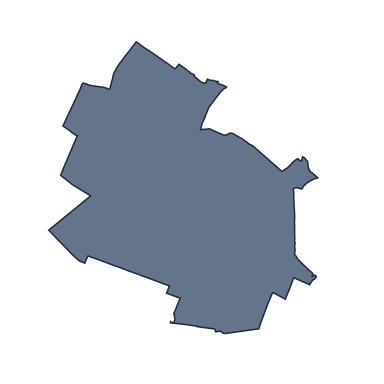 the district of Plenita, Dolj, Romania, rotated 14°
{"feature_id": "2599482B69376152163342", "entity_name": "Plenita", "entity_type": "district", "adm_level": 2, "iso_a3": "ROU", "parent_name": "Romania", "parent_adm1": "Dolj", "projection": "natural_earth1", "projection_center": [23.162, 44.229], "detail": "fine", "context": "isolated", "style": "filled", "palette": "slate", "viewbox_px": 384, "rotation_deg": 14, "n_neighbors": 0, "source": "geoboundaries", "source_scale": "gbopen_adm2", "svg_char_len": 5875}
<svg xmlns="http://www.w3.org/2000/svg" viewBox="0 0 384 384"><g transform="rotate(14 192 192)"><path d="M333.2,244.2L332.0,243.1L331.5,242.9L331.3,243.0L330.7,243.6L329.3,244.7L328.9,244.9L328.7,244.7L328.8,244.4L329.7,243.1L328.6,241.6L327.5,241.1L326.6,240.5L325.5,240.1L322.9,238.6L321.0,237.5L314.0,233.5L311.0,231.5L310.5,231.2L309.9,230.5L309.2,229.8L308.4,229.0L307.7,228.5L306.5,227.8L306.3,227.6L306.2,227.4L306.5,226.6L306.5,226.1L306.1,224.0L305.9,222.9L305.6,221.9L305.2,221.1L304.8,220.3L304.7,219.9L304.6,218.3L304.6,217.8L304.4,216.8L304.0,215.7L303.6,214.9L303.3,214.5L303.1,212.8L302.7,211.4L302.3,209.8L302.0,209.2L302.0,208.6L301.6,207.4L300.2,201.6L299.7,199.8L299.2,198.1L298.7,196.2L298.3,194.7L298.1,193.5L298.1,192.9L297.8,191.8L296.8,188.2L296.3,186.7L295.6,184.4L295.4,183.8L295.2,182.9L294.2,179.9L293.8,178.4L292.8,175.2L292.2,173.0L292.0,172.4L291.8,171.4L291.0,168.5L290.8,167.7L290.0,165.8L289.5,164.3L291.1,163.1L292.2,162.5L292.7,162.4L294.8,162.5L296.6,162.6L297.4,162.5L297.7,162.4L298.0,162.1L298.2,161.9L298.4,161.5L298.4,161.3L298.4,160.2L298.5,159.9L301.0,156.0L302.2,154.4L304.5,152.2L306.5,150.5L307.1,149.9L309.2,148.8L310.6,147.9L309.4,147.1L304.2,144.6L303.0,144.1L302.0,143.6L300.4,142.0L299.0,140.4L298.9,139.8L297.8,137.4L297.6,136.5L296.9,134.5L295.9,133.8L294.6,133.1L294.1,132.7L293.8,132.3L292.9,131.7L290.8,131.1L290.8,133.3L290.8,134.9L290.7,134.9L289.9,135.6L289.5,135.6L289.1,135.4L288.4,135.0L286.6,134.1L286.3,134.1L285.9,134.6L283.6,137.3L282.2,139.3L281.3,141.3L279.7,143.9L278.5,145.8L278.3,146.0L278.0,146.2L276.1,148.2L275.4,149.0L274.2,150.3L273.7,150.1L269.1,147.6L265.2,145.6L259.2,142.5L256.7,141.2L252.5,139.0L250.0,137.8L240.9,133.0L239.7,132.5L238.9,132.2L237.6,132.0L236.6,131.9L236.0,131.6L235.6,131.4L235.2,131.5L234.4,131.0L234.0,130.6L233.4,130.4L233.0,130.2L232.8,130.1L232.4,130.1L230.4,129.3L228.2,128.4L227.1,128.0L223.8,127.2L222.5,126.8L222.0,126.7L218.9,125.7L217.8,125.4L216.9,125.4L216.2,125.4L215.6,125.4L214.7,125.7L214.2,126.0L212.6,127.5L212.4,127.6L211.9,128.3L211.5,128.5L210.4,128.6L209.2,129.0L208.8,129.0L205.2,128.5L202.7,128.2L202.3,128.0L201.9,127.9L199.1,127.4L196.0,126.9L193.8,126.3L192.2,127.0L191.0,127.4L189.7,127.9L186.6,128.8L185.2,129.5L185.2,126.6L185.3,125.3L185.2,122.8L185.2,122.7L185.3,122.5L186.2,118.2L186.5,116.0L186.5,115.4L186.8,112.6L187.3,110.4L187.4,109.6L187.6,107.5L187.9,106.3L188.3,104.9L190.1,100.7L192.3,95.3L194.3,90.9L195.8,87.5L196.7,86.2L196.7,85.9L197.2,85.3L197.8,84.6L198.0,84.2L198.2,83.9L198.5,83.7L199.3,83.1L199.7,82.6L200.1,81.7L199.6,81.7L199.2,81.6L198.9,81.5L198.3,81.3L197.2,81.2L196.5,81.0L195.0,80.8L192.6,80.6L191.0,80.2L190.2,80.1L190.7,78.6L189.8,78.5L189.5,78.5L188.7,78.9L186.0,78.6L185.1,78.7L184.3,78.9L183.0,79.1L182.2,79.2L181.4,79.0L180.9,78.9L180.6,79.0L180.3,78.9L179.9,78.8L179.6,78.8L179.5,79.5L179.5,80.1L179.2,81.4L179.0,81.9L179.1,82.0L178.8,82.3L178.9,82.7L178.9,82.9L178.7,83.0L177.8,83.2L176.9,83.4L176.6,83.5L175.1,83.3L174.4,83.0L172.9,82.5L172.4,82.2L171.4,81.7L170.4,81.2L166.2,79.3L166.1,79.2L166.2,78.0L165.9,78.0L165.0,77.6L164.3,77.4L162.4,77.1L161.9,77.2L161.6,76.9L161.4,76.6L161.2,76.5L160.2,76.0L159.1,75.5L158.2,75.2L157.5,74.8L154.6,73.5L153.1,73.0L148.4,71.2L147.9,72.4L147.4,73.3L146.5,75.4L145.9,76.6L143.5,75.9L138.1,73.6L133.1,71.8L130.9,70.8L127.5,69.6L126.6,69.2L121.5,67.3L115.5,65.0L114.2,64.7L112.1,64.0L110.4,63.4L109.3,62.8L106.8,61.9L103.7,60.6L103.0,60.3L101.6,59.9L98.8,66.0L97.9,68.3L97.5,69.4L97.0,70.6L96.4,71.6L95.5,73.7L94.0,76.8L93.6,78.1L92.9,79.7L92.4,80.8L92.1,81.5L91.8,82.2L91.5,83.2L90.8,84.4L90.6,84.9L90.0,86.8L89.6,87.9L89.2,88.8L88.6,90.5L88.6,91.1L88.7,91.4L88.6,91.9L87.8,93.7L87.5,95.2L87.4,96.7L87.3,97.9L87.4,99.1L87.4,100.3L87.6,101.6L87.3,104.1L87.3,105.9L87.4,107.3L87.4,110.1L87.4,111.2L87.4,111.9L87.1,112.4L86.9,112.5L84.8,112.1L83.2,111.9L81.3,111.8L80.0,111.9L76.1,112.3L72.3,112.8L70.3,113.0L69.3,113.1L67.2,113.1L63.5,112.8L60.0,112.6L59.3,113.9L59.0,115.7L58.5,119.7L58.1,121.7L57.6,124.2L57.4,125.0L57.0,127.4L56.3,131.3L55.9,133.0L55.1,137.6L54.6,139.4L52.4,150.8L51.3,156.6L51.0,157.9L50.8,159.2L51.3,159.3L54.6,160.6L56.1,161.1L57.8,161.8L60.1,162.9L61.3,163.4L66.3,165.4L66.5,165.4L66.8,165.4L67.2,165.2L65.3,175.8L65.1,177.8L64.5,181.5L62.6,193.0L61.2,202.5L60.5,207.6L71.5,212.6L74.1,213.8L78.1,215.0L84.9,217.2L92.3,219.5L93.9,220.1L94.4,220.3L93.6,221.6L90.7,225.5L83.7,234.9L78.1,242.3L74.9,246.6L71.0,251.8L65.6,259.2L64.3,260.8L62.2,263.7L71.1,269.3L78.7,274.0L86.0,278.5L88.8,280.4L92.1,282.3L97.8,285.4L98.8,286.1L101.6,286.5L105.2,287.0L105.4,285.8L105.6,284.3L105.9,282.9L106.3,279.7L106.4,279.3L106.6,279.2L113.8,279.9L135.9,282.4L138.9,282.6L141.5,282.9L141.8,283.0L145.8,283.4L149.5,283.9L160.7,285.0L164.4,285.5L167.3,285.7L171.2,286.1L176.5,286.8L192.8,288.6L191.8,296.4L206.2,297.9L205.2,304.3L203.8,314.7L204.5,314.8L204.7,315.3L204.7,315.9L204.7,316.4L204.7,316.6L205.4,317.7L206.2,319.8L206.3,320.3L206.4,320.7L206.3,321.2L206.1,321.8L205.8,322.5L205.2,323.5L203.9,323.4L203.3,323.5L202.9,323.4L202.6,323.1L202.6,324.1L206.5,323.7L208.1,323.5L214.2,322.6L215.2,322.5L218.8,322.1L226.4,321.3L229.4,320.9L229.9,320.8L229.9,321.4L246.8,319.4L247.1,319.4L248.7,321.7L248.8,321.9L253.4,320.2L253.8,320.3L254.3,320.5L256.1,321.4L256.8,321.5L257.8,321.5L258.7,321.2L289.9,308.6L290.0,307.2L290.6,300.5L290.9,298.1L291.4,293.0L291.6,291.6L292.3,285.1L292.7,281.7L294.3,271.5L294.9,270.3L295.1,270.0L301.7,271.7L308.5,273.5L309.2,268.1L309.4,266.8L309.7,265.1L310.4,259.4L310.6,257.8L311.1,253.6L311.2,253.1L311.6,250.5L313.9,251.0L315.3,251.2L316.6,251.5L318.1,251.7L321.4,252.3L322.4,252.4L324.2,252.8L328.5,253.5L328.6,253.2L329.1,251.7L330.0,249.4L330.6,247.9L331.1,247.6L331.4,247.5L331.6,247.2L331.9,246.8L332.1,246.7L332.3,246.2L332.6,245.4L333.2,244.6L333.2,244.2Z" fill="#64748b" stroke="#1e293b" stroke-width="1.5"/></g></svg>